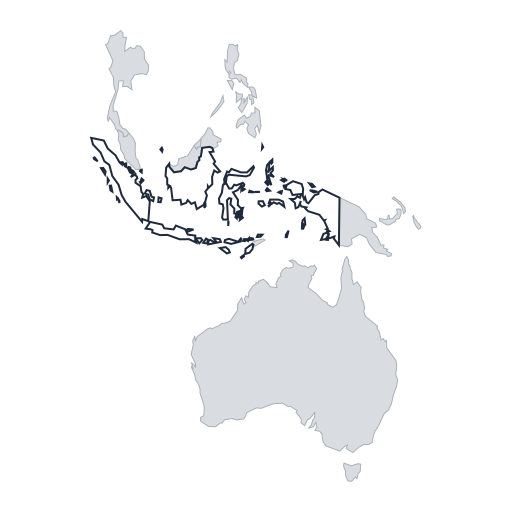 Indonesia and the surrounding countries
{"feature_id": "IDN", "entity_name": "Indonesia", "entity_type": "country or territory", "adm_level": 0, "iso_a3": "IDN", "parent_name": "Asia", "parent_adm1": "", "projection": "equal_earth", "projection_center": [119.503, -2.501], "detail": "fine", "context": "with_neighbors", "style": "outline", "palette": "slate", "viewbox_px": 512, "rotation_deg": 0, "n_neighbors": 7, "source": "natural_earth", "source_scale": "50m", "svg_char_len": 12110}
<svg xmlns="http://www.w3.org/2000/svg" viewBox="0 0 512 512"><path d="M339.7,197.6L359.1,206.9L365.8,214.3L366.5,218.6L375.5,223.1L376.7,227.0L371.7,227.8L372.8,232.6L377.5,237.4L380.8,245.1L383.9,244.9L383.6,248.1L387.8,249.3L386.1,250.7L391.7,253.8L391.0,255.9L387.5,256.4L386.2,254.5L376.2,252.6L369.2,243.9L366.5,237.6L359.5,234.4L351.5,238.9L352.1,244.2L347.8,246.7L339.2,245.2L339.7,197.6ZM400.7,202.3L404.9,207.7L405.5,211.5L403.7,213.5L401.6,206.3L396.1,200.8L392.2,198.7L393.7,196.9L400.7,202.3ZM395.3,221.3L389.5,224.8L386.6,224.8L379.2,220.6L379.6,218.4L384.5,219.5L387.5,218.9L388.3,215.4L389.1,215.2L389.6,219.1L392.7,218.5L397.3,213.4L396.8,209.1L400.1,209.0L401.1,210.2L401.0,214.2L399.1,218.7L396.2,219.3L395.3,221.3ZM414.2,217.7L420.8,226.4L420.0,228.5L418.4,229.2L416.2,226.4L413.9,221.8L412.8,216.2L413.6,215.5L414.2,217.7Z" fill="#d9dde1" stroke="#a8b0b8" stroke-width="1"/><path d="M252.4,243.6L253.1,241.9L257.7,240.2L263.2,239.1L265.2,240.0L253.1,247.2L252.4,243.6Z" fill="#d9dde1" stroke="#a8b0b8" stroke-width="1"/><path d="M146.4,74.6L141.4,73.6L134.4,75.0L130.8,81.0L131.9,89.7L127.2,86.4L122.6,86.5L123.5,80.8L118.8,80.9L118.1,88.8L113.1,105.8L113.3,111.1L116.8,111.3L118.9,117.9L119.8,124.3L122.7,128.4L126.0,129.3L128.8,133.1L127.0,136.1L123.4,136.9L123.0,133.2L118.6,130.0L117.6,131.3L115.5,128.5L114.7,124.9L109.3,117.3L108.3,121.6L107.4,117.5L109.8,106.0L115.7,91.8L113.8,85.2L113.5,77.8L109.0,68.5L110.8,67.2L113.0,60.9L105.6,44.7L107.9,43.4L110.6,35.7L114.4,35.4L120.7,30.7L122.9,32.9L123.0,37.2L126.5,37.5L125.0,45.0L124.8,51.4L130.6,47.1L132.1,48.4L135.3,48.2L136.4,45.7L140.4,46.2L144.3,52.0L144.4,59.0L148.6,65.3L148.2,71.4L146.4,74.6Z" fill="#d9dde1" stroke="#a8b0b8" stroke-width="1"/><path d="M358.0,463.7L360.8,464.2L360.1,471.6L358.1,473.7L356.9,478.7L355.5,477.0L351.6,481.3L347.8,480.8L345.6,475.5L345.5,471.4L343.5,466.0L344.0,463.1L351.4,465.8L358.0,463.7ZM256.3,407.9L246.5,412.8L245.5,416.3L243.6,419.0L236.2,419.8L231.9,418.6L224.8,419.6L221.9,423.1L220.4,422.8L215.6,426.8L208.6,426.5L200.6,421.1L200.6,417.3L203.1,416.4L203.9,414.8L204.3,407.8L203.6,403.8L200.0,393.2L200.1,389.3L197.9,382.9L195.6,380.1L194.8,374.8L191.0,366.3L193.3,369.3L191.5,362.9L194.1,364.9L195.7,367.6L195.5,364.1L191.1,354.3L193.3,345.1L192.7,341.0L194.8,335.9L195.2,341.3L197.4,336.4L208.2,328.5L210.6,327.9L212.0,328.8L219.4,325.4L221.6,323.2L224.5,323.3L230.0,321.3L237.4,310.7L237.8,304.0L241.6,297.9L243.8,304.1L246.1,302.6L244.2,299.2L245.9,295.8L248.2,297.3L248.9,291.9L253.2,285.5L255.9,284.3L256.0,282.3L258.3,283.1L258.5,281.3L263.4,279.3L267.3,282.6L270.3,286.8L277.0,287.6L275.9,283.6L278.6,277.8L281.0,276.0L280.2,274.1L282.6,270.0L285.9,267.5L288.7,268.3L293.2,267.0L293.2,263.3L289.3,260.9L292.1,259.8L295.7,261.6L298.5,264.6L303.0,266.4L304.5,265.7L307.8,267.9L311.0,265.9L313.0,266.5L314.3,265.1L316.7,268.7L313.1,275.5L311.2,275.7L311.8,278.6L308.1,285.7L308.4,287.8L316.6,294.0L323.0,300.8L327.2,302.6L327.9,304.8L332.9,307.2L336.5,304.8L338.9,297.8L341.6,288.1L340.9,278.4L341.8,273.0L342.9,271.5L342.1,269.1L344.9,259.2L347.0,256.5L348.4,260.0L348.6,264.6L349.9,265.5L350.1,268.5L351.9,272.2L351.9,278.9L353.6,284.5L357.1,281.8L361.2,287.7L360.6,290.9L361.4,297.0L362.1,300.6L363.4,301.5L364.5,307.6L363.8,311.3L365.2,316.1L377.6,326.3L376.8,328.0L379.5,332.4L381.0,340.0L383.2,338.5L385.1,341.5L386.5,340.5L386.8,347.9L395.9,360.5L396.8,366.0L395.7,374.2L397.6,380.1L396.6,386.1L393.3,395.3L391.4,404.0L388.4,410.1L384.3,413.4L377.6,427.5L375.2,430.8L373.4,435.6L372.1,442.2L369.0,444.4L363.5,444.6L358.7,447.3L352.9,452.5L346.3,448.6L347.5,445.2L344.7,446.4L339.9,451.1L326.0,446.0L323.2,442.0L321.8,433.8L319.6,431.2L314.9,430.4L316.8,427.2L316.0,422.3L313.2,426.9L308.7,428.1L311.6,424.4L312.6,420.6L314.7,417.4L314.7,412.5L310.2,418.1L307.0,420.4L304.7,425.6L301.0,422.9L301.4,419.4L296.0,412.1L297.1,410.6L290.8,406.5L287.3,406.3L282.6,403.1L273.5,403.7L261.1,408.3L256.3,407.9Z" fill="#d9dde1" stroke="#a8b0b8" stroke-width="1"/><path d="M232.3,89.6L227.3,80.4L231.9,80.7L233.8,83.3L232.3,89.6ZM238.4,107.6L240.9,103.6L241.4,99.1L244.4,98.7L243.6,103.6L247.5,96.6L247.0,103.5L241.8,112.7L238.4,107.6ZM259.2,110.7L261.0,126.0L259.2,132.7L257.2,125.2L254.6,128.9L256.4,134.3L254.9,137.7L248.5,133.5L246.9,128.2L248.6,124.8L245.1,121.3L243.4,124.3L240.9,124.1L236.9,128.1L236.0,126.0L238.1,119.8L244.4,115.1L246.4,118.3L250.5,116.4L251.3,113.1L255.1,112.9L254.8,107.3L259.2,110.7ZM217.5,110.5L210.3,117.4L213.0,112.3L220.1,102.8L222.9,95.6L223.9,101.5L217.5,110.5ZM237.9,46.3L237.1,49.3L238.9,54.4L237.5,60.3L234.4,62.7L233.6,68.5L234.8,74.2L237.6,75.0L240.0,74.2L246.7,78.2L246.2,82.1L248.0,83.8L247.5,87.2L243.3,83.6L241.3,79.8L239.9,82.5L236.5,78.1L231.6,79.2L228.9,77.6L229.2,74.6L230.9,72.8L229.3,71.1L228.6,73.7L225.9,69.6L225.1,66.5L224.9,59.6L227.1,62.0L227.6,50.8L229.3,44.3L232.5,44.3L235.8,46.3L237.4,44.5L237.9,46.3ZM236.5,95.3L235.7,91.8L238.9,94.1L242.4,94.1L242.3,97.1L236.4,102.3L236.5,95.3ZM255.2,89.9L256.7,98.0L252.6,96.0L254.0,102.9L251.5,104.6L251.2,99.5L249.6,99.1L248.7,94.7L251.9,95.3L251.8,92.5L248.5,87.0L253.6,87.2L255.2,89.9Z" fill="#d9dde1" stroke="#a8b0b8" stroke-width="1"/><path d="M117.6,131.3L118.6,130.0L123.0,133.2L123.4,136.9L127.0,136.1L128.8,133.1L133.2,138.2L135.4,143.1L135.1,151.3L136.0,158.2L137.9,160.2L140.0,166.6L139.9,169.1L136.0,169.6L124.5,158.4L123.9,154.6L120.8,149.8L120.1,143.7L118.1,139.7L118.8,134.4L117.6,131.3ZM214.1,148.3L203.1,147.1L201.2,155.4L199.1,157.9L196.4,168.1L191.9,169.7L186.8,167.6L184.2,168.3L181.0,172.0L177.5,171.4L174.0,172.9L170.3,168.8L169.4,163.9L173.4,166.4L177.6,165.0L178.7,158.8L187.5,155.9L194.1,145.5L196.6,149.3L197.7,146.8L200.3,147.0L200.9,138.7L205.1,133.6L207.8,127.9L210.0,127.9L212.8,131.6L213.1,134.8L221.1,139.0L220.8,141.9L217.1,142.2L218.1,145.8L214.1,148.3Z" fill="#d9dde1" stroke="#a8b0b8" stroke-width="1"/><path d="M200.9,138.7L200.3,147.0L197.7,146.8L196.6,149.3L194.1,145.5L200.9,138.7Z" fill="#d9dde1" stroke="#a8b0b8" stroke-width="1"/><path d="M169.2,163.7L169.4,166.8L174.0,172.3L181.1,171.2L184.7,167.2L190.9,169.5L195.8,168.0L197.3,162.1L199.4,160.1L199.1,157.4L200.9,156.4L202.1,147.9L209.8,146.8L212.4,148.1L213.5,151.6L209.6,152.1L215.1,161.6L213.6,163.7L220.1,171.4L217.6,172.6L214.2,170.5L212.1,176.9L212.3,184.2L208.8,187.6L207.9,186.2L207.9,188.3L205.3,191.7L206.9,195.4L205.3,201.5L204.2,203.1L203.6,204.9L196.8,209.1L194.9,202.3L191.4,203.9L187.7,200.1L186.2,202.9L181.4,204.6L180.5,199.7L172.6,200.3L171.1,187.9L170.1,186.0L167.2,184.5L167.2,178.4L165.5,176.0L166.2,167.6L169.2,163.7ZM91.2,137.9L103.8,140.5L107.8,148.6L115.5,155.3L119.7,162.6L121.7,164.3L121.4,162.2L122.6,162.1L124.9,166.2L127.9,168.0L129.9,172.4L133.3,174.3L130.7,177.0L135.0,174.8L136.8,176.5L137.4,178.2L135.5,180.0L135.6,182.8L140.6,186.2L141.4,191.9L143.2,193.9L142.2,197.6L146.2,196.0L149.8,201.3L148.3,221.2L142.3,219.0L142.1,221.8L125.5,201.8L121.7,195.1L118.5,184.6L112.3,176.0L109.3,164.9L104.4,161.3L100.5,152.4L93.0,144.5L91.2,137.9ZM339.5,197.7L338.9,245.2L333.8,238.5L334.4,236.5L327.8,238.8L328.9,234.1L327.1,231.6L327.7,231.3L328.8,231.4L329.4,231.2L326.3,229.3L327.8,228.8L324.3,221.1L325.0,220.1L323.7,220.4L319.4,214.8L308.1,211.2L305.3,208.5L306.4,207.4L301.5,206.5L299.9,204.1L300.8,201.0L298.4,207.1L295.7,208.3L294.8,202.7L290.6,199.0L294.7,199.0L297.3,196.4L300.0,197.8L301.2,194.0L292.5,195.0L290.4,190.0L285.4,189.0L286.8,184.9L293.0,181.2L301.6,184.0L303.1,188.6L302.7,195.5L304.1,199.3L305.1,197.2L306.5,202.1L308.4,203.3L314.7,195.2L318.4,194.0L318.7,192.1L322.4,189.5L339.5,197.7ZM254.0,167.6L249.7,175.1L246.0,176.4L228.7,174.7L226.6,176.6L225.9,182.7L229.2,188.6L231.8,188.4L234.2,184.7L236.3,185.4L242.8,182.8L244.3,184.3L243.9,185.9L241.4,185.2L237.8,190.0L233.0,192.3L238.0,199.9L237.8,205.1L241.0,208.3L241.2,210.7L237.1,211.8L236.6,214.0L234.2,213.4L234.4,208.6L230.4,204.4L231.3,198.7L229.1,198.1L227.0,200.2L227.9,219.5L223.2,219.6L222.1,217.5L223.5,208.1L222.7,204.3L219.4,203.5L219.0,198.5L221.9,192.7L222.9,185.2L224.0,183.6L224.7,184.9L224.1,179.2L227.1,171.5L228.9,172.3L231.5,168.9L241.0,172.4L247.0,172.4L253.4,166.2L254.0,167.6ZM150.1,221.9L162.3,224.6L164.2,228.3L173.7,229.4L175.9,225.6L185.2,229.3L187.8,234.6L195.3,235.6L195.2,240.0L196.3,242.7L189.1,239.2L179.7,239.3L167.6,234.9L160.2,235.1L152.2,232.5L152.6,230.2L150.8,229.3L145.7,228.6L150.1,221.9ZM267.6,172.4L272.8,167.1L272.9,170.5L270.5,173.2L274.0,177.0L269.0,175.1L268.5,176.4L271.4,185.1L267.4,180.4L266.0,170.2L267.1,165.1L269.3,162.5L269.1,168.8L267.6,172.4ZM278.6,199.6L283.0,201.5L284.3,206.8L279.1,202.9L277.0,203.9L273.7,202.3L271.8,203.8L269.8,201.7L268.5,204.2L270.1,199.6L278.6,199.6ZM240.6,241.5L231.2,243.9L224.5,242.2L224.9,240.1L228.9,238.8L238.1,241.7L241.4,237.8L240.6,241.5ZM213.4,238.2L219.8,239.2L220.9,241.9L208.2,244.4L208.5,241.0L210.2,239.8L214.6,242.4L216.0,241.4L213.4,238.2ZM252.2,243.9L253.4,244.7L252.4,249.2L249.5,252.7L245.2,253.9L245.6,248.8L252.2,243.9ZM149.7,190.8L151.5,196.6L154.0,197.4L153.2,201.1L149.5,199.3L148.3,194.6L144.8,193.5L146.6,190.1L149.7,190.8ZM325.8,239.1L321.0,239.9L323.5,233.9L327.2,232.6L328.4,234.9L325.8,239.1ZM225.6,247.1L228.6,249.6L229.9,252.4L226.9,253.4L219.9,248.1L225.6,247.1ZM262.9,201.2L264.8,205.2L261.9,206.6L258.5,203.6L258.7,201.3L262.9,201.2ZM200.9,238.2L202.3,240.0L199.3,243.3L195.6,238.3L200.9,238.2ZM207.8,239.5L207.1,243.5L203.2,242.8L206.1,238.6L207.8,239.5ZM161.6,198.3L160.7,202.2L158.3,202.1L158.6,197.4L161.6,198.3ZM304.6,218.3L305.3,224.6L303.9,224.9L302.3,222.9L302.6,220.4L304.6,218.3ZM193.5,229.5L188.4,231.4L186.2,230.3L188.0,228.9L193.5,229.5ZM242.3,210.7L241.7,216.2L242.9,217.6L239.9,220.0L241.1,212.4L242.3,210.7ZM103.2,167.9L105.6,171.5L105.0,174.5L101.0,168.1L103.2,167.9ZM112.3,191.6L110.5,190.4L109.7,185.7L111.1,185.6L112.3,191.6ZM286.9,237.1L285.7,237.1L285.9,234.8L288.6,230.6L286.9,237.1ZM284.4,178.6L287.2,180.7L283.3,179.2L284.8,181.1L284.0,181.8L281.2,180.1L284.4,178.6ZM249.6,190.7L254.5,192.3L249.1,192.2L249.6,190.7ZM239.9,217.2L238.0,217.5L238.4,213.5L240.2,212.4L239.9,217.2ZM309.2,183.4L312.0,183.9L314.6,186.6L312.1,187.2L309.2,183.4ZM262.4,234.7L260.6,236.7L256.9,237.0L257.9,234.6L262.4,234.7ZM304.4,225.7L303.2,228.7L301.9,228.6L302.1,223.9L304.4,225.7ZM269.9,190.7L266.7,191.2L265.8,190.2L267.2,188.3L269.9,190.7ZM309.7,190.2L313.6,190.7L317.4,191.8L313.8,192.5L309.7,190.2ZM241.4,187.2L244.7,189.2L242.8,190.4L242.7,188.1L241.3,190.2L241.4,187.2ZM271.5,163.6L270.2,161.8L272.3,159.6L272.4,162.3L271.5,163.6ZM250.3,238.1L252.9,238.4L253.3,239.5L249.3,240.1L250.3,238.1ZM281.9,191.0L281.3,193.6L278.5,192.3L279.9,191.5L281.9,191.0ZM205.6,206.1L204.2,207.9L205.3,202.4L205.6,206.1ZM266.7,180.9L268.4,184.5L267.8,185.1L265.3,182.3L266.7,180.9ZM97.7,161.3L94.1,159.1L93.7,157.9L94.6,157.4L97.7,161.3ZM162.1,151.6L160.4,149.4L161.8,147.7L162.6,149.4L162.1,151.6ZM285.4,188.2L284.2,187.8L283.6,185.6L285.6,185.3L285.4,188.2ZM133.2,172.3L130.4,172.3L130.5,170.6L133.2,172.3ZM126.2,163.4L126.2,165.5L125.0,165.9L124.6,163.8L126.2,163.4ZM246.8,239.1L244.8,241.2L243.0,240.9L243.9,239.1L246.8,239.1ZM241.5,258.2L240.9,257.2L243.7,255.1L244.0,256.4L241.5,258.2ZM255.6,191.8L260.0,191.9L254.9,192.1L255.6,191.8ZM141.8,169.7L141.7,172.5L140.0,171.2L140.6,169.9L141.8,169.7ZM169.8,186.2L168.3,187.9L168.4,185.8L169.8,186.2ZM119.4,200.6L119.5,203.0L118.0,199.0L119.4,200.6ZM141.6,178.5L144.1,180.7L141.0,180.0L141.6,178.5ZM236.7,218.4L235.4,217.1L236.0,215.7L236.7,216.3L236.7,218.4ZM108.9,180.5L107.7,182.5L107.7,178.6L108.9,180.5ZM130.1,171.3L129.3,170.7L129.1,168.4L130.2,169.6L130.1,171.3ZM263.2,147.2L262.0,148.8L262.3,145.3L263.2,147.2ZM248.5,238.6L248.0,241.0L246.8,240.4L248.5,238.6ZM130.3,167.5L130.5,168.8L127.9,166.8L130.3,167.5ZM140.0,182.0L141.8,182.0L140.6,183.4L140.0,182.0ZM134.1,172.2L131.6,170.9L131.7,170.1L133.2,170.8L134.1,172.2ZM243.0,207.9L242.3,209.5L241.7,208.1L243.0,207.9ZM270.8,204.3L268.9,206.2L268.6,205.7L270.8,204.3ZM327.8,239.9L326.1,239.8L326.0,239.3L327.3,238.3L327.8,239.9ZM228.6,222.3L228.2,225.9L228.2,220.8L228.6,222.3ZM118.0,198.2L117.0,199.2L116.8,197.1L118.0,198.2Z" fill="none" stroke="#1e293b" stroke-width="2"/></svg>